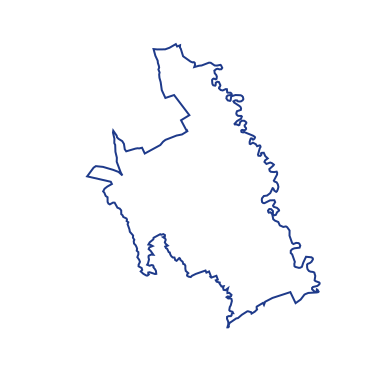 the district of Camarón de Tejeda, Veracruz, Mexico, rotated 64°
{"feature_id": "50627088B3640264870704", "entity_name": "Camarón de Tejeda", "entity_type": "district", "adm_level": 2, "iso_a3": "MEX", "parent_name": "Mexico", "parent_adm1": "Veracruz", "projection": "albers", "projection_center": [-96.566, 19.003], "detail": "fine", "context": "isolated", "style": "outline", "palette": "blue", "viewbox_px": 384, "rotation_deg": 64, "n_neighbors": 0, "source": "geoboundaries", "source_scale": "gbopen_adm2", "svg_char_len": 6105}
<svg xmlns="http://www.w3.org/2000/svg" viewBox="0 0 384 384"><g transform="rotate(64 192 192)"><path d="M264.1,122.7L263.4,125.3L260.5,127.7L256.8,127.6L254.1,130.0L252.1,130.9L247.3,129.7L245.5,130.0L244.5,130.6L244.3,132.0L243.4,132.2L242.0,131.8L241.2,130.0L242.1,128.4L244.7,127.6L246.8,128.8L247.9,128.9L249.0,128.3L249.3,126.7L247.5,124.4L246.9,121.9L245.9,121.7L243.5,122.6L241.2,125.0L240.4,125.2L239.7,125.1L237.6,121.7L235.5,121.6L233.7,125.6L233.8,131.7L233.2,132.8L231.8,133.4L229.8,132.8L228.4,131.9L227.1,129.2L228.1,126.1L227.3,122.2L223.9,117.9L224.4,117.4L226.9,117.4L228.8,116.3L228.6,115.3L227.0,113.5L225.3,112.1L222.7,111.5L220.4,111.7L218.7,113.3L217.7,113.5L213.6,107.9L212.0,107.0L210.8,107.0L210.1,109.5L208.4,112.3L207.1,112.9L205.3,112.5L203.8,107.1L203.3,106.4L201.0,107.6L199.8,108.8L199.4,112.8L196.7,113.7L195.6,112.4L195.0,109.2L191.9,110.4L188.2,110.3L187.4,112.1L187.5,113.0L188.9,113.3L189.5,114.7L188.5,116.4L187.3,116.3L182.6,112.1L181.5,110.6L180.2,110.4L179.7,110.9L179.4,113.4L177.0,113.7L174.4,115.6L174.6,118.5L174.0,119.0L172.3,118.3L170.1,116.3L169.7,115.5L170.1,114.7L171.6,114.3L171.8,113.7L171.4,112.4L170.5,111.4L169.9,111.4L168.2,112.4L160.9,118.9L160.9,119.9L159.8,121.2L158.6,121.0L158.1,120.3L158.4,119.2L159.4,118.2L159.5,116.7L159.0,115.7L158.1,115.4L156.4,115.9L155.1,115.5L154.2,113.3L153.3,112.7L152.1,113.1L150.8,113.9L149.8,115.9L150.3,118.1L152.5,120.0L152.5,120.8L150.9,122.2L150.0,123.9L149.4,123.9L148.0,120.5L147.6,115.8L146.0,114.1L145.2,114.4L143.8,117.2L142.0,118.0L140.7,117.7L139.1,116.2L139.6,112.1L138.5,111.3L137.1,111.1L135.6,111.6L130.1,114.9L128.7,115.0L128.6,112.9L129.4,111.4L130.4,111.2L131.4,109.9L132.0,108.2L131.8,106.3L131.0,105.1L129.0,104.6L127.7,104.9L126.4,105.8L123.9,110.4L123.2,114.8L126.5,117.1L126.8,117.9L125.3,119.7L123.0,120.1L121.3,118.9L120.9,117.4L122.0,114.2L121.5,113.4L120.7,113.4L119.7,113.8L118.3,116.5L117.9,116.7L114.9,115.6L114.3,116.6L114.2,119.9L112.9,121.5L110.7,122.3L109.8,121.7L109.6,120.7L108.5,119.7L105.0,119.6L104.0,120.9L104.2,122.7L106.3,123.9L106.6,124.6L105.4,126.1L104.4,126.3L103.2,126.1L100.2,124.9L99.6,123.8L99.6,122.7L101.2,121.2L101.0,120.3L99.2,119.1L97.6,118.9L95.2,119.5L92.7,118.7L92.2,116.3L92.5,114.9L93.8,113.6L94.5,111.8L93.7,110.4L90.8,110.4L90.2,110.7L89.3,114.2L88.2,116.2L84.1,118.5L83.2,120.0L82.5,127.9L81.6,130.3L80.7,135.2L79.0,133.5L77.1,132.9L76.1,133.4L75.8,134.6L74.2,136.1L66.1,140.5L58.3,139.3L56.8,139.5L54.9,138.4L54.7,141.6L52.0,141.7L52.5,149.0L52.0,153.6L48.7,160.6L46.7,163.9L53.5,165.2L58.9,165.3L61.1,166.1L64.1,166.5L65.8,167.0L67.2,168.5L70.3,168.7L72.0,170.0L75.1,171.2L79.5,172.0L87.2,174.5L95.8,174.7L97.0,165.6L121.8,160.7L122.7,170.4L134.1,170.0L134.1,169.5L135.3,169.5L135.9,175.8L134.5,181.1L133.5,193.0L134.1,195.9L135.9,199.9L136.7,217.6L130.3,217.5L129.7,220.3L128.8,221.8L128.2,223.9L126.6,233.3L124.1,233.7L119.0,232.1L115.7,232.4L111.9,234.8L110.0,235.4L108.3,235.0L102.4,235.9L104.0,237.0L110.1,238.4L114.0,240.4L116.0,240.4L122.3,243.2L128.2,244.5L131.8,246.4L143.2,247.5L146.6,247.3L141.8,249.2L137.6,253.1L130.4,261.0L126.6,267.1L127.0,269.8L132.0,279.4L147.2,260.5L149.7,260.5L150.0,265.7L150.7,269.1L152.5,271.6L154.1,271.1L157.7,271.3L159.7,270.2L163.9,272.2L165.8,272.2L167.1,271.3L166.9,267.6L167.7,266.2L173.4,265.9L175.3,264.2L177.5,263.7L180.9,265.3L182.5,264.6L184.3,264.7L187.1,262.5L188.2,262.5L189.5,263.5L191.3,262.5L192.7,264.0L198.1,264.6L200.5,265.3L205.3,264.0L207.1,265.1L209.7,264.8L210.6,265.9L212.9,266.7L215.1,266.0L217.2,266.0L218.9,266.2L220.5,267.4L222.5,266.6L224.5,267.5L226.6,269.7L229.7,269.2L232.0,269.4L234.0,271.9L235.4,272.6L238.2,270.6L240.2,270.9L240.9,272.9L244.2,271.6L247.1,269.6L247.6,268.6L247.2,267.0L246.4,267.2L245.2,266.6L245.5,265.3L249.5,261.2L249.9,260.0L247.1,259.0L245.2,259.1L242.8,259.7L242.0,259.1L240.7,259.3L239.9,260.5L239.7,262.4L237.7,264.2L236.9,262.9L233.9,260.3L231.3,259.6L230.3,258.8L230.3,256.3L231.5,254.2L226.7,255.0L224.3,256.0L223.1,254.6L223.3,251.1L221.3,252.5L220.1,254.2L218.7,252.1L217.6,247.5L216.3,246.6L216.0,239.1L216.9,238.5L217.3,236.2L218.9,235.2L220.2,236.0L219.9,237.8L222.2,236.5L223.5,236.6L225.3,238.5L227.0,238.4L229.5,237.3L229.3,240.0L231.0,240.0L232.2,239.2L235.9,239.3L236.6,238.5L238.7,238.9L240.8,238.7L242.4,238.0L243.2,236.5L245.9,236.9L247.1,236.0L245.8,232.4L246.6,231.9L247.9,232.2L250.6,231.0L252.9,231.4L253.7,230.4L255.4,230.3L258.0,231.6L260.2,232.2L263.3,230.9L263.8,232.3L265.0,233.1L266.5,232.3L267.9,230.4L267.3,228.8L267.3,224.4L268.5,214.3L270.8,214.4L270.9,211.5L276.3,212.0L276.3,212.6L277.4,212.2L278.0,206.8L282.0,207.2L281.8,209.3L283.4,209.2L285.5,206.8L286.2,207.4L289.9,206.9L290.6,204.8L291.8,206.1L293.8,206.5L294.9,205.0L294.3,201.9L296.0,203.4L298.4,204.5L299.0,202.7L301.8,201.6L302.7,202.5L302.5,204.1L301.5,205.8L301.7,207.0L303.6,206.1L304.4,204.2L305.4,203.4L307.4,203.9L310.9,206.9L312.0,208.5L314.5,210.3L315.7,210.0L317.4,208.1L319.0,208.1L318.6,208.9L319.2,209.9L320.3,210.6L320.6,211.5L319.6,213.5L319.6,215.2L321.3,216.1L324.5,216.3L326.7,217.3L329.2,219.5L329.5,219.0L329.2,217.9L327.9,217.5L326.2,215.7L325.0,207.6L325.5,206.0L324.2,201.0L323.5,194.7L323.7,194.0L325.9,191.6L327.4,191.8L327.3,190.5L327.1,188.1L326.1,185.0L324.6,184.8L323.4,184.1L322.8,176.8L325.0,176.8L322.7,174.4L322.5,166.1L325.1,147.5L337.3,147.6L336.3,141.5L333.5,135.9L333.5,134.4L333.7,131.7L337.0,123.8L337.3,122.5L337.1,121.9L334.8,122.1L334.3,122.5L335.6,123.3L336.1,124.3L335.7,125.3L332.1,126.7L330.9,126.2L330.4,124.9L331.4,120.5L330.8,118.0L329.9,117.2L329.0,117.4L326.2,120.1L325.1,120.5L321.5,118.0L318.0,117.4L316.8,118.4L315.6,120.3L314.3,121.5L312.1,122.0L310.3,121.6L307.7,120.4L307.3,119.5L307.5,117.2L307.1,115.2L305.6,112.9L304.6,112.5L303.1,113.2L300.2,117.9L304.3,123.0L307.4,126.0L307.5,127.8L307.1,129.1L304.6,132.0L303.5,132.4L301.4,131.5L299.9,130.2L292.0,129.3L290.1,130.0L288.0,128.9L287.3,126.9L287.5,124.6L289.2,119.7L287.7,118.2L285.5,118.2L284.6,118.7L283.4,120.7L283.2,123.7L281.7,124.4L274.0,123.5L269.4,121.2L265.3,121.9L264.1,122.7Z" fill="none" stroke="#1e3a8a" stroke-width="2"/></g></svg>